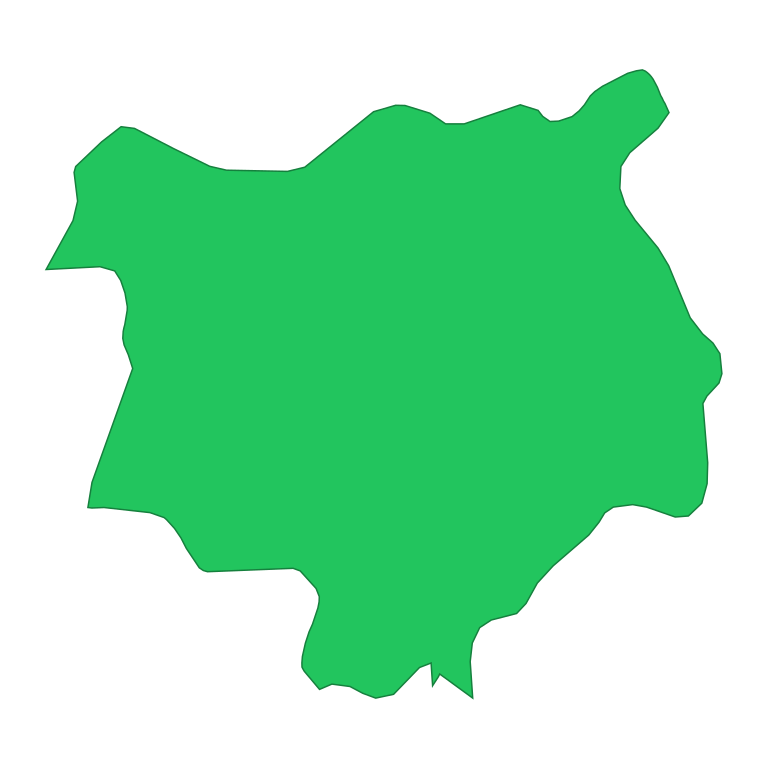 map outline of Chiquimula (Mercator projection)
{"feature_id": "GTM-1960", "entity_name": "Chiquimula", "entity_type": "Department", "adm_level": 1, "iso_a3": "GTM", "parent_name": "Guatemala", "parent_adm1": "", "projection": "mercator", "projection_center": [-89.408, 14.682], "detail": "fine", "context": "isolated", "style": "filled", "palette": "green", "viewbox_px": 768, "rotation_deg": 0, "n_neighbors": 0, "source": "natural_earth", "source_scale": "10m", "svg_char_len": 1730}
<svg xmlns="http://www.w3.org/2000/svg" viewBox="0 0 768 768"><path d="M472.7,698.1L439.7,674.0L438.4,676.7L432.6,685.7L431.1,663.0L419.5,667.5L393.6,694.3L375.7,698.1L362.8,693.3L350.0,686.5L331.9,684.1L319.5,689.4L319.1,688.9L304.3,671.3L302.9,668.9L302.0,667.1L301.9,662.9L302.4,656.5L305.4,643.1L309.1,631.8L312.5,624.2L317.9,608.0L319.1,601.9L319.3,596.6L316.1,588.5L300.2,570.9L293.1,568.3L207.5,571.7L203.3,570.5L199.3,567.8L186.4,548.5L180.9,537.8L174.5,528.4L166.6,519.7L164.2,517.6L149.9,512.6L104.0,507.5L91.8,508.0L87.9,507.5L92.0,482.4L132.7,368.5L128.3,354.7L124.1,344.9L122.8,338.4L123.2,331.4L123.9,327.9L124.8,324.6L127.2,310.3L127.3,306.6L125.0,293.0L120.7,280.4L114.7,270.9L100.0,266.7L46.1,269.5L73.0,220.6L77.6,201.2L74.1,172.4L75.7,166.5L101.7,141.8L121.1,126.7L134.5,128.4L173.2,148.4L209.7,166.3L226.5,170.2L287.5,171.4L304.8,167.2L373.6,111.7L395.6,105.3L405.0,105.5L429.9,113.2L445.6,123.9L464.2,123.9L520.3,104.8L538.1,110.4L542.7,116.4L550.0,121.5L558.6,121.1L572.1,116.6L579.1,110.9L584.4,104.9L590.3,95.9L594.9,91.5L602.6,86.2L627.7,73.3L636.4,70.8L642.4,69.9L645.3,71.1L647.4,72.7L649.5,74.6L651.3,76.7L653.1,79.2L657.4,87.3L660.7,95.6L662.2,98.2L663.4,100.9L665.0,103.6L668.6,111.7L669.0,112.6L658.0,128.2L629.8,152.7L620.9,166.5L619.8,188.6L625.2,205.0L635.1,220.2L658.0,248.0L668.7,265.8L690.2,317.8L702.6,333.9L713.0,343.1L717.9,350.7L719.9,353.7L721.9,373.7L719.0,383.0L706.9,396.1L702.9,403.5L707.7,462.8L707.1,483.7L701.8,503.2L688.4,516.0L675.2,517.0L646.6,507.1L632.7,504.6L613.3,507.1L604.7,512.9L599.1,522.1L588.8,535.0L553.2,565.8L537.3,583.1L526.0,603.5L516.6,613.5L491.3,620.0L479.7,627.6L472.3,643.0L470.2,661.6L472.7,698.1Z" fill="#22c55e" stroke="#15803d" stroke-width="1.5"/></svg>